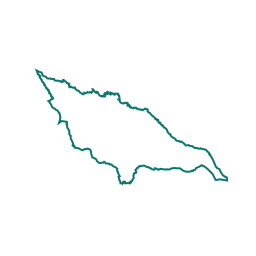 Ramapepe, Leribe, Lesotho, rotated 327°
{"feature_id": "5366337B9822317619474", "entity_name": "Ramapepe", "entity_type": "district", "adm_level": 2, "iso_a3": "LSO", "parent_name": "Lesotho", "parent_adm1": "Leribe", "projection": "robinson", "projection_center": [28.135, -29.017], "detail": "fine", "context": "isolated", "style": "outline", "palette": "teal", "viewbox_px": 256, "rotation_deg": 327, "n_neighbors": 0, "source": "geoboundaries", "source_scale": "gbopen_adm2", "svg_char_len": 5779}
<svg xmlns="http://www.w3.org/2000/svg" viewBox="0 0 256 256"><g transform="rotate(327 128 128)"><path d="M183.9,223.0L183.1,222.2L182.4,221.1L182.4,220.4L181.8,219.3L181.8,215.4L182.3,212.7L182.0,211.9L180.9,210.2L180.7,207.8L181.8,201.6L182.1,198.4L182.0,196.3L182.5,195.2L181.8,194.7L182.1,193.5L182.4,193.0L181.7,190.6L181.6,189.2L180.7,187.6L179.3,186.6L177.7,184.5L177.2,184.6L176.6,184.3L175.8,183.6L174.8,182.1L173.4,181.4L172.6,180.0L172.1,178.3L170.2,176.9L170.0,176.3L169.3,175.2L168.8,174.9L167.9,174.7L166.8,173.9L166.8,172.3L166.5,172.0L166.4,170.9L165.3,168.4L164.2,168.1L164.1,167.3L161.7,164.9L161.5,164.4L161.8,163.2L161.6,162.9L161.4,161.9L160.8,161.2L159.8,158.7L159.7,157.4L160.1,156.7L160.1,156.2L159.2,154.8L159.1,152.8L159.6,150.9L159.6,149.2L159.2,148.7L159.0,147.6L158.5,147.3L158.4,146.0L158.6,145.5L158.0,144.9L158.4,144.4L157.7,143.9L157.7,142.8L157.5,142.3L158.0,141.2L157.1,140.9L156.7,139.9L157.1,139.5L157.3,138.4L157.7,137.7L157.4,137.4L156.7,137.6L156.5,137.0L156.8,135.9L155.8,135.5L156.0,133.9L154.6,129.3L154.6,127.3L153.7,126.0L153.6,125.3L153.5,124.5L153.9,123.9L154.5,123.6L154.3,122.8L152.9,121.0L151.3,121.2L149.9,121.0L149.7,120.3L149.4,120.3L149.0,119.7L148.6,119.6L148.4,119.1L147.0,118.2L146.8,117.5L146.2,116.6L145.7,116.5L145.5,116.2L145.7,115.3L144.5,114.4L144.1,114.2L143.3,114.4L142.7,113.9L141.8,112.6L141.0,111.9L141.1,111.6L141.7,111.4L141.5,111.0L141.5,109.9L141.3,109.5L140.7,109.8L140.4,109.4L140.7,109.2L139.9,109.0L140.5,107.8L141.3,107.2L141.1,106.8L140.5,106.9L140.5,106.0L139.0,105.4L138.7,104.9L137.5,105.0L137.2,104.4L136.4,104.0L136.0,103.4L135.6,101.6L135.9,100.8L135.6,99.2L136.4,99.7L136.9,99.1L137.2,97.8L137.9,96.8L138.1,96.3L137.9,96.0L138.1,95.4L137.8,95.0L138.4,94.2L138.2,93.6L136.9,92.8L136.3,92.7L136.0,92.3L135.6,92.8L134.8,92.8L134.4,91.5L133.5,90.9L133.6,90.2L132.8,90.2L133.2,89.6L132.7,88.8L131.9,89.8L132.0,90.2L131.6,90.5L131.4,90.3L131.2,89.4L131.6,88.8L130.7,88.3L130.5,86.4L130.3,86.3L129.3,87.6L129.3,87.9L129.7,87.9L129.4,88.2L128.7,88.2L128.6,87.9L128.8,87.7L128.6,87.0L128.2,86.9L127.9,86.4L127.7,86.7L128.0,87.3L126.8,86.7L126.4,87.9L125.8,87.7L125.8,88.0L126.2,88.7L126.0,88.9L125.3,88.8L124.5,88.0L124.1,87.1L123.5,86.8L123.2,87.2L122.9,87.0L122.6,86.6L121.8,84.9L121.9,83.7L121.7,82.8L122.2,81.7L121.4,80.5L121.1,80.6L120.6,81.2L120.4,81.1L120.4,80.7L119.9,80.0L119.8,77.1L119.7,76.5L119.5,76.3L119.2,77.5L118.1,77.8L117.9,78.1L116.5,78.6L115.8,77.2L115.4,77.0L114.9,77.1L114.1,76.6L113.5,75.7L112.4,76.0L111.5,76.0L110.9,75.4L110.8,74.8L110.6,74.6L110.4,75.0L109.2,75.4L108.6,75.3L108.3,74.9L108.0,73.5L107.1,72.3L107.0,71.8L107.1,70.8L106.8,70.2L106.8,69.8L105.6,68.6L105.6,67.8L105.1,66.4L105.5,65.4L105.5,65.0L104.1,64.6L103.3,63.5L102.7,62.2L101.6,62.4L101.1,61.8L101.7,60.9L101.6,60.0L102.8,59.1L102.4,58.3L101.8,58.0L101.8,57.3L101.3,56.9L101.1,55.9L101.2,55.3L100.4,54.3L100.3,52.8L99.7,52.4L98.6,53.7L97.2,53.3L97.4,52.5L97.2,52.0L96.2,51.7L95.5,50.6L92.7,48.5L92.4,48.0L92.7,46.5L90.3,45.2L89.9,44.2L89.5,43.9L87.9,43.1L87.1,41.4L87.0,40.5L85.1,37.7L85.1,37.1L85.7,35.5L85.5,33.9L84.5,33.2L82.7,30.0L82.2,32.4L81.6,33.8L82.4,35.3L82.0,35.9L82.6,36.6L81.6,37.6L81.6,38.6L81.9,39.4L81.7,40.0L81.9,40.4L81.5,40.9L81.4,42.1L81.7,43.1L81.5,43.3L81.7,43.5L81.6,44.0L81.8,44.4L81.8,45.4L81.2,46.0L81.6,46.6L81.3,46.8L81.5,47.3L81.5,48.2L81.0,49.6L81.6,50.5L81.2,51.0L81.9,52.2L81.4,52.9L81.4,53.2L81.6,53.2L81.9,52.9L82.1,53.2L81.5,54.0L81.6,55.2L80.8,55.9L81.0,56.3L81.5,56.4L81.3,58.5L80.9,59.1L81.3,59.3L81.0,60.3L81.5,61.4L80.9,61.9L81.2,62.4L80.9,62.6L80.2,62.5L79.6,62.1L78.0,62.4L75.9,62.1L76.4,63.6L76.1,64.1L76.3,66.3L75.8,68.5L75.9,69.9L76.8,71.3L77.5,73.6L78.1,74.4L78.5,75.7L78.3,76.7L78.6,78.5L78.2,79.0L77.8,80.7L76.8,82.6L75.6,83.9L72.9,86.2L75.5,86.0L76.3,86.2L80.1,89.5L79.6,90.7L78.7,90.9L78.7,91.7L78.3,92.8L77.5,93.8L77.3,95.0L77.3,97.2L76.9,99.1L76.3,99.7L75.5,101.0L75.4,101.9L75.7,103.6L74.9,104.3L74.2,105.7L73.9,108.8L73.4,111.6L72.1,112.3L72.3,113.4L73.0,113.4L73.2,113.9L73.1,114.9L72.6,115.5L75.5,118.0L76.5,120.2L77.9,122.0L80.3,122.0L81.8,123.2L83.0,123.3L83.3,123.9L84.2,124.9L84.4,125.7L84.3,127.2L83.8,127.8L82.4,131.8L82.1,133.2L83.4,135.0L84.3,137.1L83.9,138.8L84.9,141.8L85.7,142.4L88.0,143.2L88.4,143.6L89.5,143.3L89.9,144.2L90.1,145.7L92.2,147.1L92.7,147.8L92.8,148.7L93.2,149.1L93.9,149.2L94.2,149.6L94.6,150.6L94.7,152.0L96.1,154.1L96.6,155.3L96.7,156.6L96.2,156.9L95.3,159.0L95.6,159.6L95.0,161.0L94.8,163.9L93.5,163.8L93.4,164.6L92.7,165.7L92.6,166.4L92.7,167.0L92.3,167.5L92.4,168.2L92.3,168.8L91.5,170.3L92.7,171.1L93.5,170.9L93.2,171.7L94.0,171.5L94.7,170.6L95.3,170.6L96.1,171.3L95.4,172.6L95.5,172.9L96.3,173.0L96.8,173.7L98.7,174.4L99.0,175.3L99.8,175.6L100.6,175.3L100.2,174.7L100.8,174.3L101.4,174.3L101.8,174.8L102.0,174.8L103.2,174.4L104.0,173.5L105.6,173.0L106.5,171.0L107.4,170.4L107.5,170.0L108.1,169.4L109.5,169.6L110.2,169.9L110.6,169.4L111.1,169.4L111.1,167.9L111.5,167.1L112.8,167.1L113.8,166.5L114.5,166.5L115.0,166.9L115.9,166.2L116.5,166.2L117.2,166.6L117.7,166.5L117.9,167.0L118.5,167.3L120.5,167.9L121.4,168.7L122.0,170.1L122.5,170.6L122.8,171.2L123.7,171.7L124.3,173.4L124.9,173.6L125.7,175.7L127.2,177.2L127.8,177.2L128.6,176.4L129.5,177.2L130.3,179.1L130.7,179.5L131.2,179.3L131.8,179.9L133.0,179.9L135.6,182.3L137.2,183.4L138.3,183.9L138.9,184.7L140.7,185.4L142.7,185.6L143.7,186.3L144.8,186.6L147.4,188.7L149.4,189.9L150.0,190.9L150.7,193.1L151.4,194.4L152.7,196.0L153.8,196.9L156.7,198.6L158.3,198.6L158.5,199.0L159.0,199.4L160.1,199.0L161.0,199.5L162.0,199.4L163.4,198.7L167.4,199.4L168.7,199.2L169.6,199.4L170.4,201.0L171.0,201.6L171.6,203.1L172.5,206.1L173.9,212.6L173.2,219.1L173.6,219.7L176.5,220.7L177.2,221.2L182.5,226.0L183.7,224.1L183.9,223.0Z" fill="none" stroke="#0f766e" stroke-width="2"/></g></svg>